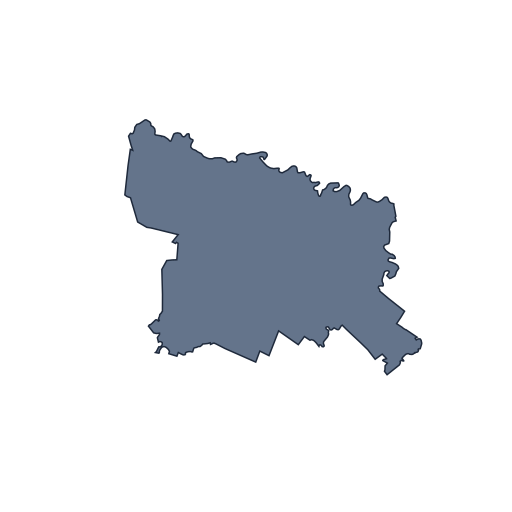 outline of Cornesti, Dâmbovita, Romania, rotated 320°
{"feature_id": "2599482B73260439310991", "entity_name": "Cornesti", "entity_type": "district", "adm_level": 2, "iso_a3": "ROU", "parent_name": "Romania", "parent_adm1": "Dâmbovita", "projection": "orthographic", "projection_center": [25.895, 44.77], "detail": "fine", "context": "isolated", "style": "filled", "palette": "slate", "viewbox_px": 512, "rotation_deg": 320, "n_neighbors": 0, "source": "geoboundaries", "source_scale": "gbopen_adm2", "svg_char_len": 6146}
<svg xmlns="http://www.w3.org/2000/svg" viewBox="0 0 512 512"><g transform="rotate(320 256 256)"><path d="M334.3,393.8L330.2,373.8L328.2,362.4L328.9,361.6L329.2,360.8L329.2,359.1L329.8,358.4L330.9,358.1L332.5,359.2L333.9,360.5L334.7,360.2L335.7,358.8L336.2,356.8L337.8,354.8L342.1,352.3L342.9,351.4L344.7,350.7L346.4,351.2L347.5,352.0L348.0,353.3L347.3,354.3L345.3,354.6L343.6,355.1L344.0,359.2L345.1,359.7L349.5,360.6L351.7,359.5L353.4,358.3L357.4,357.2L358.3,355.2L358.2,353.5L357.7,351.7L356.2,348.6L354.7,346.4L354.1,345.0L354.6,343.8L356.6,343.1L357.8,344.0L359.7,346.5L360.8,347.2L361.2,347.3L361.9,346.2L362.1,344.5L361.5,342.2L360.4,341.2L359.6,338.6L358.9,335.3L359.1,332.2L359.8,330.9L361.5,330.3L365.7,331.8L367.9,330.4L373.9,323.6L375.2,321.2L376.9,319.9L381.5,318.0L383.2,318.0L385.9,319.2L387.5,315.8L388.7,315.5L394.2,305.7L395.1,304.8L394.6,303.7L393.5,302.4L393.0,300.6L393.1,299.1L394.1,296.6L394.2,295.5L393.7,294.6L392.6,293.8L391.8,293.6L388.6,293.9L385.5,293.5L383.9,293.0L383.1,292.2L381.0,287.6L380.4,285.8L378.9,283.9L378.9,283.3L380.2,280.6L380.6,279.1L380.3,278.0L379.3,277.0L378.7,276.9L377.8,277.0L373.4,278.9L370.7,279.5L366.7,279.1L363.6,279.3L362.3,278.9L361.6,278.2L361.5,277.6L361.7,277.1L363.2,275.4L364.2,273.6L364.9,270.8L365.4,269.8L366.8,268.4L369.4,267.2L370.7,266.2L371.7,264.5L371.7,262.3L370.9,260.2L370.2,259.7L367.9,259.4L362.3,259.6L359.3,258.6L357.7,257.3L357.0,255.6L358.4,254.4L359.8,254.3L360.8,254.7L361.6,255.5L362.7,256.1L364.0,256.1L365.0,255.6L365.6,254.5L366.0,253.0L365.6,252.5L360.1,248.2L358.2,247.6L356.2,247.8L354.4,248.7L352.9,249.0L350.7,248.8L349.5,248.2L346.6,250.0L345.0,250.6L344.3,251.2L343.5,251.4L343.0,251.0L342.8,250.1L343.2,248.8L343.9,247.3L345.0,245.6L343.7,244.0L343.2,243.0L343.2,242.2L343.7,241.2L344.5,240.6L345.8,240.4L346.6,240.6L348.3,241.4L351.4,241.2L351.7,240.7L351.8,239.8L351.4,239.3L348.6,237.9L347.8,236.9L346.5,236.1L346.1,235.2L346.0,233.4L346.5,232.2L347.3,231.4L349.7,230.0L350.0,229.6L350.0,229.0L349.4,228.2L346.7,228.1L346.3,227.9L346.0,227.0L346.0,226.3L347.1,223.0L346.9,222.4L346.3,221.9L343.0,220.4L341.7,219.2L341.9,218.1L343.9,214.7L344.0,213.3L343.6,212.1L342.7,211.2L341.2,210.4L338.8,210.3L335.7,210.5L329.7,209.2L328.5,207.8L328.1,206.6L328.2,205.8L328.5,205.0L329.0,204.5L329.8,204.2L329.9,203.4L328.4,202.2L325.8,200.5L323.7,198.0L323.1,196.7L322.3,194.5L322.1,193.0L321.8,188.6L321.8,183.2L322.6,182.8L323.1,182.8L323.8,183.2L324.5,184.0L324.9,184.6L324.9,185.3L324.2,187.2L324.3,187.4L324.8,187.5L328.5,186.6L329.3,186.1L329.7,185.6L330.0,184.7L330.1,183.9L329.8,182.8L328.1,180.7L326.5,179.5L322.7,177.8L318.5,175.2L314.6,173.1L313.6,171.8L313.1,170.1L312.5,169.2L310.1,167.7L308.2,167.4L305.1,167.5L304.1,168.2L303.5,170.0L303.0,170.6L301.5,171.1L300.8,171.1L299.7,170.0L298.9,168.2L298.2,167.7L296.1,167.1L294.8,166.0L294.4,165.2L294.8,164.0L294.7,162.1L292.3,158.2L287.4,154.3L285.0,153.4L282.6,151.3L281.5,149.5L279.8,146.0L279.9,142.4L278.1,138.3L277.9,136.9L277.4,135.7L276.2,133.6L276.0,132.2L276.1,130.5L276.8,129.8L278.3,128.6L281.7,127.3L282.3,126.5L282.1,125.9L281.3,124.3L281.2,123.0L281.4,122.1L283.0,119.8L283.0,119.1L281.6,118.2L278.8,118.6L277.9,118.6L277.0,118.0L276.5,117.0L276.8,114.8L276.7,113.4L275.2,111.4L273.5,110.3L271.8,109.7L270.2,110.3L268.6,111.3L264.8,113.2L264.1,113.0L263.9,112.6L263.7,109.8L262.5,105.7L261.1,103.8L260.6,103.8L260.5,102.9L257.0,98.9L256.7,98.0L257.1,97.3L258.8,95.7L260.1,93.6L260.2,92.6L260.2,90.8L259.5,89.1L259.5,88.3L260.6,86.7L260.8,85.0L259.5,81.3L258.9,80.7L258.3,80.4L251.8,79.7L249.2,78.6L245.9,79.5L243.9,81.4L240.7,83.0L239.6,82.7L238.7,81.3L235.4,82.3L231.4,91.0L229.5,95.8L228.3,93.5L216.2,104.4L194.8,124.9L195.4,127.5L197.3,130.7L187.2,153.9L190.8,163.9L193.5,166.9L210.1,189.6L200.9,191.4L202.4,194.7L203.9,194.4L204.5,196.2L192.9,208.0L189.2,205.1L184.7,202.1L175.3,205.7L159.7,225.3L148.8,238.2L147.3,238.5L146.9,238.8L144.7,239.0L143.1,240.3L141.2,241.2L140.4,243.3L139.3,243.1L139.5,242.1L139.0,241.1L138.0,240.4L132.4,240.8L130.9,240.7L130.1,240.2L128.5,240.6L128.2,249.1L129.9,251.4L132.5,253.1L131.9,253.9L130.7,254.4L128.9,254.8L127.9,255.2L125.9,259.3L127.3,259.7L128.1,260.6L128.4,261.5L128.4,262.2L127.3,263.5L125.7,264.2L123.8,263.7L123.1,263.1L118.3,265.2L116.9,265.3L119.1,268.0L119.8,267.9L120.8,266.8L121.6,266.3L124.0,265.6L124.9,265.4L126.1,265.6L127.3,266.3L128.0,267.2L128.5,268.5L128.8,271.2L128.5,273.3L126.4,274.8L131.0,281.9L134.5,280.0L135.4,282.4L136.5,284.7L137.0,285.3L138.2,286.0L139.1,285.7L139.4,285.1L139.9,284.8L140.7,284.9L142.7,285.8L143.9,286.7L144.7,287.4L145.1,288.2L145.8,288.7L149.0,286.7L149.7,286.7L151.9,287.9L153.4,288.2L155.0,289.4L157.1,289.5L158.6,289.2L162.9,292.1L165.1,293.0L164.3,294.5L167.1,295.3L167.9,295.8L168.8,297.5L172.8,307.0L187.6,337.1L197.8,331.3L201.9,340.7L225.2,327.9L231.4,351.1L241.3,348.8L243.2,355.2L244.8,355.8L245.9,357.7L246.2,359.5L246.3,361.5L246.1,365.7L247.3,364.9L248.0,365.2L248.5,366.3L248.4,367.9L249.1,368.8L250.1,368.9L250.6,368.5L251.5,366.2L252.7,365.1L258.7,364.0L260.7,363.0L261.6,362.3L262.1,361.2L263.5,360.1L263.7,359.6L263.6,359.1L263.2,358.2L262.9,357.0L263.4,355.9L264.0,355.6L265.5,356.3L265.8,357.1L265.4,359.6L265.4,360.2L265.8,360.7L266.2,361.1L266.9,361.3L267.8,361.3L268.8,361.1L269.7,361.4L270.7,364.2L271.3,365.0L271.8,365.4L273.0,365.4L276.3,364.3L277.6,364.4L278.1,370.3L280.4,389.7L281.4,399.6L280.9,411.7L289.6,412.3L290.1,418.4L290.0,418.6L287.1,417.3L286.1,417.4L285.9,417.6L287.8,422.5L284.3,423.1L281.6,426.1L280.3,426.9L280.1,431.2L295.9,431.6L297.9,430.6L298.7,429.3L299.4,429.5L300.2,429.2L300.7,429.7L300.9,430.6L301.4,431.2L301.8,431.3L301.9,431.1L302.1,428.2L303.1,427.9L306.8,427.6L308.1,427.7L309.7,428.5L310.2,429.1L310.5,430.0L312.2,431.7L313.7,432.2L315.4,432.1L315.4,432.5L316.5,432.6L317.5,433.2L318.6,433.4L319.9,432.7L319.9,432.1L320.3,431.7L321.0,431.7L321.7,432.4L322.2,432.6L326.3,429.9L327.0,429.2L328.3,426.7L328.5,425.3L328.2,424.8L326.9,423.7L324.8,423.3L325.0,421.3L325.2,421.2L327.2,421.7L323.5,408.8L323.2,408.6L322.4,406.3L322.1,404.5L320.2,398.2L327.5,396.1L334.3,393.8Z" fill="#64748b" stroke="#1e293b" stroke-width="1.5"/></g></svg>